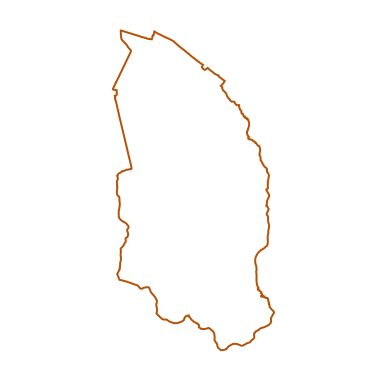 Vama, Satu Mare, Romania, rotated 15°
{"feature_id": "2599482B96492701806769", "entity_name": "Vama", "entity_type": "district", "adm_level": 2, "iso_a3": "ROU", "parent_name": "Romania", "parent_adm1": "Satu Mare", "projection": "albers", "projection_center": [23.428, 47.811], "detail": "fine", "context": "isolated", "style": "outline", "palette": "amber", "viewbox_px": 384, "rotation_deg": 15, "n_neighbors": 0, "source": "geoboundaries", "source_scale": "gbopen_adm2", "svg_char_len": 6022}
<svg xmlns="http://www.w3.org/2000/svg" viewBox="0 0 384 384"><g transform="rotate(15 192 192)"><path d="M141.8,285.0L142.2,285.2L141.0,290.6L144.8,295.6L150.1,295.4L155.2,295.7L163.8,296.4L167.1,298.7L168.9,298.3L169.8,297.3L171.3,296.4L174.1,295.3L174.6,295.3L175.2,295.5L177.7,298.6L178.1,299.4L181.2,301.4L183.2,302.9L184.3,303.9L186.2,305.9L186.5,307.1L186.7,310.3L187.3,311.6L187.3,311.8L187.9,312.8L188.9,314.9L189.1,318.4L189.9,318.9L191.0,319.8L192.1,320.2L193.4,321.1L195.9,322.3L196.5,322.5L197.7,322.5L200.6,321.8L203.2,322.8L205.2,323.1L207.8,323.3L208.9,323.2L211.8,322.5L212.3,322.3L213.0,321.5L215.4,320.0L216.3,319.2L216.9,318.4L217.3,317.7L217.4,315.3L217.8,314.2L218.2,313.7L218.7,313.2L220.4,312.2L220.9,312.1L221.0,312.4L221.0,313.0L221.1,313.3L222.1,313.5L222.8,313.9L224.1,315.2L227.0,316.7L228.6,317.2L230.7,317.4L231.8,318.2L232.3,318.3L232.8,318.3L233.3,319.3L233.7,320.8L236.2,321.8L237.1,321.8L239.0,321.3L240.5,320.7L242.8,319.3L243.6,319.0L247.6,320.7L249.0,321.8L250.1,322.9L251.6,326.7L251.8,328.3L252.3,329.6L254.2,331.3L254.9,331.6L255.2,332.1L255.9,333.0L256.7,334.7L257.4,335.6L260.9,337.3L263.7,336.3L265.9,334.7L266.2,334.3L266.9,332.3L267.6,331.3L270.5,328.5L271.8,327.8L274.3,327.2L276.7,327.3L279.4,327.7L280.3,327.5L281.3,326.8L284.6,323.6L286.8,322.3L287.1,321.6L288.2,319.5L289.2,318.2L289.8,316.6L289.8,316.2L289.2,314.8L288.9,314.0L288.8,313.0L288.8,311.8L289.3,311.4L289.7,310.2L290.5,309.4L291.4,308.7L292.3,307.7L292.7,306.8L293.3,306.1L294.7,305.1L297.0,303.7L299.5,301.6L300.8,300.2L301.8,298.4L302.0,297.0L301.9,296.4L301.4,294.9L300.8,293.7L301.5,291.1L301.8,289.5L302.2,288.2L302.6,287.3L302.2,286.7L301.5,286.0L299.5,284.9L296.7,282.9L296.5,282.5L296.1,281.1L295.8,280.9L295.7,280.5L295.2,280.3L295.1,279.3L294.8,279.1L294.6,278.4L293.8,277.4L293.6,276.7L293.5,276.2L293.2,275.9L292.4,274.9L291.2,275.2L290.7,275.0L289.9,275.1L289.4,274.8L289.2,274.2L287.5,275.1L286.2,275.0L285.6,274.8L285.6,274.6L286.7,274.2L286.8,273.9L287.3,273.7L286.2,272.9L286.0,272.3L285.6,272.0L284.9,271.8L285.0,271.1L284.5,270.5L283.0,270.1L282.4,269.5L281.5,269.7L281.1,269.4L280.6,268.7L281.1,268.0L281.2,267.7L281.1,267.4L280.8,267.0L280.0,266.5L279.2,265.4L278.5,264.1L277.8,262.4L277.0,260.1L276.0,256.0L274.6,252.2L274.6,250.5L273.8,248.7L273.6,247.6L272.4,245.7L271.2,243.5L270.4,240.3L270.5,237.7L271.2,234.8L272.3,232.3L273.6,230.4L276.4,227.5L276.6,227.0L277.6,225.5L278.4,224.7L278.5,224.2L278.3,221.0L276.6,215.4L276.2,211.1L275.7,209.7L275.6,207.1L275.5,205.9L274.9,203.9L273.2,200.9L272.0,196.6L271.4,195.5L270.2,194.7L269.9,194.1L269.8,193.4L269.9,192.7L270.1,191.5L270.4,189.6L270.4,188.5L268.7,186.8L268.1,185.7L267.9,185.7L267.6,186.3L267.4,186.2L267.3,185.7L267.4,185.1L267.0,182.2L266.9,180.8L267.1,178.7L267.7,176.2L267.6,175.6L267.4,175.3L266.6,174.1L264.2,171.8L263.2,170.6L263.2,170.3L264.3,169.0L264.3,168.6L263.6,166.4L263.2,164.5L262.7,163.3L262.1,156.2L260.9,154.3L259.5,153.4L258.9,152.1L258.7,150.9L258.6,150.6L257.2,149.4L255.4,148.7L253.8,147.3L251.1,144.4L250.0,143.5L249.6,142.0L249.6,141.6L248.6,139.6L247.6,138.9L247.5,138.1L247.2,137.0L247.3,136.2L247.1,133.8L246.7,133.1L246.6,132.8L246.5,132.6L246.4,132.2L245.8,131.5L245.1,130.2L244.0,130.2L243.1,129.7L241.6,128.6L241.1,128.0L240.6,128.2L239.6,127.2L238.3,127.1L236.7,126.2L236.0,126.3L234.7,125.9L234.0,126.3L232.6,125.9L232.3,125.4L232.3,124.9L232.7,124.1L232.0,123.8L232.0,123.5L230.8,122.5L229.9,121.3L229.5,119.2L229.9,118.3L229.7,117.1L229.9,116.1L229.9,115.1L230.0,113.8L229.5,110.7L228.3,108.9L228.0,108.1L227.0,107.7L226.8,107.1L226.2,107.3L226.1,106.8L225.9,106.5L225.6,106.5L224.6,106.7L224.3,106.6L223.9,105.5L223.4,105.4L222.9,105.8L221.6,104.5L221.3,103.8L220.8,103.3L219.9,103.4L219.6,103.2L219.4,102.6L219.0,102.2L218.9,101.4L218.3,100.7L217.7,100.4L217.0,99.9L216.9,99.5L216.2,98.8L215.1,96.6L215.0,95.9L214.6,95.8L213.7,96.4L212.8,96.5L211.6,96.1L210.4,95.0L210.0,94.3L209.6,94.0L208.3,94.0L206.9,94.4L205.7,94.1L204.9,93.2L203.0,92.0L201.0,90.3L200.0,88.6L199.2,87.7L197.1,86.4L196.0,85.9L195.4,85.4L194.3,84.0L194.2,83.1L193.6,82.6L192.4,82.0L193.6,79.8L194.2,78.6L194.9,76.3L187.8,73.5L187.6,72.5L185.4,72.4L183.2,71.9L182.3,71.4L175.5,68.5L175.1,68.1L173.5,70.0L172.6,70.8L169.8,69.5L169.1,68.7L169.8,66.4L166.6,65.3L158.5,62.0L146.8,56.6L146.2,56.5L145.7,56.2L141.6,54.5L134.9,51.1L130.7,50.1L124.9,49.2L120.4,48.2L118.8,48.0L114.1,46.7L114.3,50.6L113.6,50.8L113.7,54.9L109.2,55.5L107.9,55.2L102.4,55.3L101.9,55.1L81.5,54.4L81.4,54.7L82.9,59.1L84.0,62.0L84.5,62.8L85.9,63.8L90.6,66.6L93.3,69.1L96.3,71.0L96.5,71.5L96.6,72.2L91.1,101.6L90.3,105.2L90.3,105.7L90.1,105.9L89.8,108.3L88.9,112.8L89.3,113.5L92.9,113.2L94.2,117.5L93.7,118.2L92.6,119.2L93.0,119.6L93.1,120.0L93.5,120.3L93.2,121.1L93.4,121.3L93.5,121.8L93.8,122.4L94.3,122.9L94.4,123.3L94.8,123.7L94.9,124.1L95.6,125.1L98.8,131.3L102.1,137.4L102.4,138.2L103.3,139.8L104.4,141.7L127.6,184.7L127.5,185.2L127.0,185.8L126.5,185.7L124.3,187.1L124.0,187.1L123.7,187.3L123.2,187.3L122.2,188.0L120.5,189.5L119.5,189.7L117.7,192.0L116.2,193.3L115.8,194.7L115.9,195.2L115.5,195.8L115.8,196.0L116.3,196.7L116.5,197.5L117.0,198.3L117.1,199.3L116.7,200.4L116.6,201.1L116.8,201.7L117.5,203.3L117.7,204.4L118.2,206.2L118.7,206.5L118.8,206.8L118.9,209.6L119.2,210.1L119.4,211.8L119.9,212.9L120.7,214.3L121.6,214.9L122.8,215.4L123.1,215.7L123.5,217.3L124.2,218.6L124.2,219.7L124.5,220.1L125.2,221.9L125.5,222.4L126.0,226.7L126.2,229.7L127.6,234.7L128.6,236.2L130.6,237.5L133.0,238.4L134.1,238.6L134.8,238.9L135.6,238.9L136.9,239.6L139.2,241.3L139.8,242.1L139.9,242.5L139.8,243.5L139.6,244.1L139.2,244.7L139.1,245.2L139.2,245.8L139.5,246.4L140.2,247.3L141.1,248.8L141.3,249.5L141.4,251.7L141.2,252.3L140.4,253.0L139.9,254.0L139.9,254.4L140.8,256.7L140.6,257.6L139.5,261.8L138.7,263.5L137.9,264.8L137.8,265.3L138.8,268.3L139.2,270.8L139.4,271.6L140.0,272.9L140.5,274.5L140.8,275.1L140.9,275.9L140.9,277.0L141.1,279.8L141.3,280.7L141.6,281.4L141.7,282.2L141.8,283.0L141.8,285.0Z" fill="none" stroke="#b45309" stroke-width="2"/></g></svg>